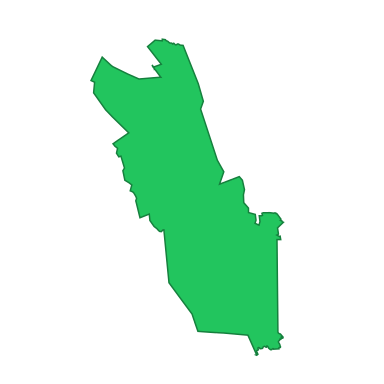 Rayones, Nuevo León, Mexico (orthographic projection), rotated 16°
{"feature_id": "50627088B56763529788020", "entity_name": "Rayones", "entity_type": "district", "adm_level": 2, "iso_a3": "MEX", "parent_name": "Mexico", "parent_adm1": "Nuevo León", "projection": "orthographic", "projection_center": [-100.065, 25.075], "detail": "fine", "context": "isolated", "style": "filled", "palette": "green", "viewbox_px": 384, "rotation_deg": 16, "n_neighbors": 0, "source": "geoboundaries", "source_scale": "gbopen_adm2", "svg_char_len": 3694}
<svg xmlns="http://www.w3.org/2000/svg" viewBox="0 0 384 384"><g transform="rotate(16 192 192)"><path d="M64.2,112.7L68.1,113.3L70.1,123.8L86.3,136.8L94.9,141.8L114.9,152.6L106.5,162.8L102.8,167.4L105.4,169.3L108.4,170.5L108.7,175.5L112.0,178.4L113.8,177.1L120.5,187.6L119.7,190.6L124.2,199.2L129.0,200.5L132.2,201.8L132.3,207.9L134.9,208.2L136.4,209.0L139.3,211.8L140.5,213.4L140.4,216.0L141.6,218.0L149.1,231.1L157.0,225.0L159.4,231.0L165.1,235.6L168.4,236.9L169.9,237.9L171.6,238.8L173.4,238.6L173.9,237.7L174.6,236.4L175.4,236.1L194.9,285.6L214.5,300.7L225.7,309.3L229.2,314.4L229.8,315.2L230.5,316.2L230.5,316.3L236.1,324.3L238.1,323.9L239.1,323.7L250.4,321.3L253.2,320.7L253.9,320.5L254.7,320.3L256.2,320.0L261.4,318.8L285.2,314.2L299.0,330.7L298.5,331.0L299.2,331.1L300.1,329.8L298.9,328.4L298.0,327.4L298.0,327.1L297.9,326.8L298.1,326.4L298.6,326.1L299.0,325.9L299.1,325.6L299.1,325.1L298.8,324.6L298.6,324.3L298.5,324.0L298.4,323.7L298.5,323.5L298.7,323.3L298.9,323.1L299.2,323.1L299.5,323.1L300.0,323.3L300.3,323.6L300.4,323.8L300.7,323.9L301.4,323.6L301.9,323.4L302.6,323.1L303.0,322.6L303.0,321.7L303.4,321.1L303.7,320.7L303.9,320.5L304.1,320.4L304.4,320.4L304.7,320.4L305.0,320.5L305.3,320.6L305.7,320.7L305.9,320.8L306.1,320.8L306.3,320.7L306.4,320.4L306.3,320.1L306.3,319.8L306.3,319.5L306.4,319.4L306.5,319.3L306.9,319.4L307.0,319.5L307.5,319.7L307.6,319.8L307.8,320.0L308.0,320.2L308.2,320.4L308.5,320.7L308.8,321.0L309.1,321.2L309.4,321.3L309.9,321.5L310.2,321.6L310.5,321.8L311.1,321.9L311.4,321.9L311.6,321.8L311.9,321.6L312.1,321.5L312.2,321.3L312.4,320.9L312.7,320.5L312.8,320.4L313.0,320.2L313.4,320.2L313.6,320.4L313.7,320.6L318.8,318.8L318.6,318.3L318.5,318.0L318.5,317.7L318.8,317.4L319.0,317.4L319.5,317.3L319.7,317.1L319.8,316.9L319.7,316.5L319.6,316.1L319.1,315.6L318.8,315.2L318.6,314.7L318.1,314.1L317.9,313.8L317.5,313.5L317.1,313.2L316.8,312.8L316.5,312.5L316.3,312.1L316.3,311.8L316.4,311.5L316.7,311.1L316.9,310.6L317.0,310.3L317.0,309.9L317.0,309.7L317.0,309.3L317.3,309.3L317.6,309.3L317.9,309.2L318.1,308.9L318.2,308.5L318.1,308.2L317.9,307.8L317.9,307.5L317.8,307.3L317.8,307.1L317.8,306.8L317.8,306.7L318.1,306.7L318.3,306.8L318.6,307.1L318.9,307.3L319.1,307.5L319.3,307.6L319.5,307.5L319.6,307.4L319.6,307.2L318.9,307.1L319.4,306.3L316.1,304.1L315.3,304.2L313.9,303.8L313.2,303.0L286.8,214.3L290.4,213.3L288.9,210.2L288.2,210.7L285.4,210.0L286.3,209.2L286.6,208.9L286.7,208.6L284.1,202.9L288.2,195.9L286.8,195.7L286.4,195.0L284.7,194.9L285.0,193.6L279.8,189.6L278.6,189.6L278.3,189.1L278.1,189.2L277.4,189.3L276.8,189.5L276.7,189.7L276.5,189.9L276.4,190.0L275.9,189.9L275.2,190.0L274.6,190.1L272.7,190.4L266.2,192.3L265.1,193.2L266.2,195.1L265.2,195.8L263.2,196.3L265.5,201.7L265.5,205.4L261.2,204.7L261.3,201.5L259.0,196.1L252.0,196.2L250.7,191.9L244.7,188.0L242.2,180.5L241.8,175.3L237.2,166.8L233.2,164.2L216.3,176.9L217.0,163.8L207.6,154.5L177.4,109.9L177.9,101.7L168.2,86.2L143.0,53.5L141.5,53.8L140.7,54.0L139.9,54.0L139.3,53.8L138.6,53.6L137.9,53.5L137.4,53.7L137.1,53.8L136.8,54.3L136.6,54.6L136.0,55.0L135.7,55.1L135.3,55.0L134.9,54.8L134.4,54.6L134.0,54.3L133.7,54.1L133.3,54.1L133.2,54.3L133.1,54.5L132.9,54.8L132.6,55.1L131.5,54.5L130.9,54.6L129.9,54.9L128.9,54.7L127.8,54.1L127.1,53.8L126.4,53.7L125.7,53.7L125.4,53.6L124.9,53.3L124.6,53.0L124.4,52.9L121.3,53.3L121.7,54.9L114.7,56.2L109.2,64.5L127.3,77.7L120.7,82.4L119.1,81.3L119.0,81.5L119.5,82.0L119.8,82.3L120.6,83.0L120.7,82.8L121.4,83.2L121.7,83.5L121.9,83.9L121.9,84.0L122.0,84.3L122.1,84.2L124.1,85.4L124.1,85.5L130.4,90.3L130.0,90.4L129.9,90.4L109.9,98.0L97.6,96.3L81.5,93.4L81.1,93.3L78.9,92.4L68.5,87.1L64.2,112.7Z" fill="#22c55e" stroke="#15803d" stroke-width="1.5"/></g></svg>